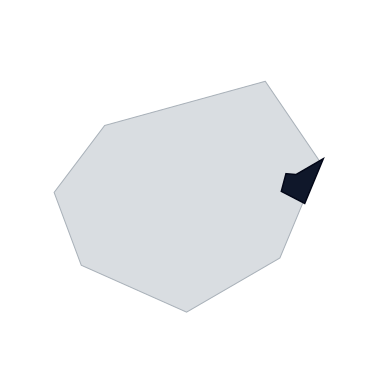 where Boe sits in Nauru, rotated 225°
{"feature_id": "NRU-4971", "entity_name": "Boe", "entity_type": "state/province", "adm_level": 1, "iso_a3": "NRU", "parent_name": "Nauru", "parent_adm1": "", "projection": "albers", "projection_center": [166.917, -0.541], "detail": "fine", "context": "in_parent", "style": "filled", "palette": "ink", "viewbox_px": 384, "rotation_deg": 225, "n_neighbors": 0, "source": "natural_earth", "source_scale": "10m", "svg_char_len": 398}
<svg xmlns="http://www.w3.org/2000/svg" viewBox="0 0 384 384"><g transform="rotate(225 192 192)"><path d="M300.8,177.3L218.5,322.1L122.9,303.9L83.2,207.5L110.9,103.2L218.5,61.9L289.2,94.2L300.8,177.3Z" fill="#d9dde1" stroke="#a8b0b8" stroke-width="1"/><path d="M122.7,308.4L104.2,263.6L129.3,255.6L138.5,271.4L130.8,277.9L122.7,308.4Z" fill="#0f172a" stroke="#020617" stroke-width="1.5"/></g></svg>